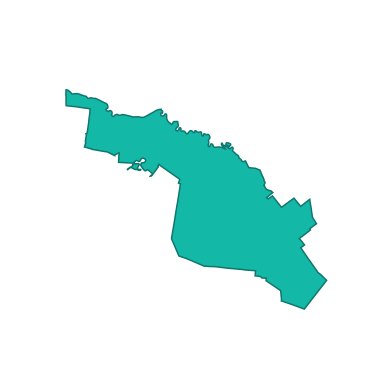 the district of Ghilad, Timis, Romania, rotated 32°
{"feature_id": "2599482B20646127738139", "entity_name": "Ghilad", "entity_type": "district", "adm_level": 2, "iso_a3": "ROU", "parent_name": "Romania", "parent_adm1": "Timis", "projection": "mercator", "projection_center": [21.055, 45.454], "detail": "fine", "context": "isolated", "style": "filled", "palette": "teal", "viewbox_px": 384, "rotation_deg": 32, "n_neighbors": 0, "source": "geoboundaries", "source_scale": "gbopen_adm2", "svg_char_len": 5968}
<svg xmlns="http://www.w3.org/2000/svg" viewBox="0 0 384 384"><g transform="rotate(32 192 192)"><path d="M349.3,231.8L350.7,217.6L351.1,213.7L353.0,195.6L345.0,193.8L344.9,193.7L343.2,193.7L342.1,193.5L341.7,193.6L341.3,193.5L339.7,192.7L336.3,191.3L333.3,190.0L324.6,186.4L313.8,181.6L315.5,177.3L310.8,175.5L307.6,174.6L310.6,166.8L312.5,161.5L311.3,161.0L312.8,156.8L314.4,152.9L308.7,150.2L308.4,150.0L307.7,149.7L304.2,145.7L302.1,143.1L297.6,138.1L295.7,135.8L292.4,144.9L292.1,145.5L291.8,146.6L281.7,143.2L276.1,157.4L275.9,157.5L262.3,152.7L260.2,157.5L258.2,157.3L260.8,149.6L260.3,149.6L258.9,149.2L258.5,149.2L255.7,150.0L254.5,150.2L253.5,150.2L251.5,149.3L249.8,148.3L249.8,148.2L249.4,148.2L249.2,145.8L248.8,145.1L247.0,144.1L246.6,143.5L246.1,143.0L243.8,141.4L243.0,141.0L238.1,137.4L233.3,138.3L227.1,141.3L227.0,141.1L220.9,137.3L220.5,137.6L220.5,138.0L220.2,138.4L218.9,139.2L218.6,139.4L218.1,139.4L216.1,138.4L214.1,138.2L213.6,137.9L212.6,137.0L212.1,136.7L209.2,136.5L207.3,136.1L205.0,135.7L204.4,135.4L204.2,134.9L203.8,133.3L203.5,133.0L203.0,132.7L202.4,132.6L202.1,132.9L201.8,133.7L201.5,134.6L201.2,135.2L200.5,135.5L199.8,135.5L199.7,135.3L199.5,134.8L199.5,133.6L199.9,132.2L199.9,131.6L199.6,131.2L199.2,130.8L198.6,130.8L196.5,131.2L195.4,131.8L195.1,132.4L195.6,133.8L196.0,133.9L198.4,133.9L198.6,133.9L198.7,134.1L198.8,134.3L198.6,134.5L197.3,135.3L196.4,135.5L196.1,135.5L195.4,135.1L194.0,135.7L193.3,135.6L193.0,135.5L192.0,134.7L191.7,134.7L191.2,135.0L191.7,136.1L192.3,136.5L193.5,136.9L195.4,137.1L197.4,137.8L197.0,138.0L194.1,138.2L192.0,139.1L191.3,139.3L187.8,141.9L186.8,142.3L186.2,142.2L185.5,141.7L185.1,141.2L184.5,140.9L183.8,140.7L183.2,140.7L183.0,140.8L182.5,141.7L182.5,141.9L182.9,143.5L182.9,143.9L182.6,144.3L182.1,144.6L181.4,144.3L180.9,143.9L180.8,143.6L180.6,143.1L180.4,141.8L180.1,141.2L178.8,139.8L178.5,139.1L178.4,138.5L178.6,137.6L178.6,137.0L178.3,136.4L178.2,136.1L177.2,135.2L176.0,134.7L175.5,134.6L174.7,134.9L173.7,135.7L173.3,135.9L173.0,136.0L171.9,136.0L171.4,136.2L171.3,136.7L171.7,137.8L171.8,138.3L171.6,138.7L171.2,138.9L170.7,138.8L170.0,138.3L168.9,137.0L168.4,136.5L167.7,136.3L167.4,136.4L166.3,137.6L165.3,138.1L164.2,138.4L162.9,138.0L162.4,138.1L162.2,138.5L162.4,139.8L162.4,140.2L162.4,140.4L162.1,140.7L161.7,140.7L159.6,140.3L158.7,140.5L158.1,140.9L157.8,141.5L157.4,144.4L157.1,145.2L156.7,145.4L156.1,145.4L154.0,144.6L153.1,144.6L152.6,144.7L152.2,144.9L151.2,145.9L151.0,146.0L150.5,146.0L150.0,145.7L149.1,144.2L148.8,143.9L148.5,143.8L147.8,143.8L147.5,144.0L147.3,144.5L147.4,145.3L147.7,145.9L147.8,146.4L147.6,147.2L147.1,147.8L146.8,148.1L146.3,148.3L146.0,148.3L145.5,148.0L144.8,146.8L144.8,146.5L144.9,145.8L145.3,144.5L145.4,143.9L145.3,143.5L145.1,142.6L144.8,142.2L143.7,141.3L143.0,140.2L142.8,140.1L142.2,140.0L141.7,140.2L140.9,140.9L139.9,141.4L139.4,141.8L139.1,142.5L139.0,142.9L139.0,143.3L139.2,144.6L139.2,145.0L138.9,145.6L138.6,145.6L137.2,145.2L135.5,145.2L134.1,144.8L133.1,144.3L131.8,143.3L131.3,142.7L130.9,142.2L130.4,141.2L129.2,139.7L128.6,139.6L127.9,140.0L127.8,140.4L127.7,141.9L127.4,142.5L126.9,143.1L126.4,143.4L125.7,143.6L124.7,143.1L124.0,141.9L123.8,141.8L124.7,141.0L125.1,140.8L124.8,139.8L124.4,139.2L124.1,139.0L123.2,138.8L122.8,139.0L122.1,138.5L122.0,138.2L120.3,139.5L119.7,140.1L119.1,140.8L118.1,142.4L116.5,145.6L115.2,147.7L114.3,149.5L112.3,153.0L111.4,154.2L110.5,155.0L106.2,156.9L102.4,159.5L96.5,161.4L93.4,162.5L92.7,162.8L91.3,163.8L90.9,164.5L90.3,165.1L89.6,165.5L87.6,165.8L87.2,166.0L86.0,167.3L85.6,169.1L85.4,169.5L85.2,169.7L84.2,169.8L83.1,169.5L82.9,169.2L82.7,167.9L82.4,167.3L81.5,166.4L80.4,166.1L79.7,166.3L79.3,166.6L78.1,167.9L76.3,168.3L75.9,168.2L75.6,167.9L75.2,167.2L75.3,166.8L76.0,165.7L76.0,165.3L75.6,164.4L74.7,163.4L74.0,162.9L72.9,162.5L72.0,162.4L70.7,162.7L65.6,163.1L62.5,163.5L60.9,163.6L60.4,163.8L59.6,164.4L59.2,164.6L57.3,165.3L56.6,165.6L55.7,166.3L55.0,167.2L54.3,167.6L53.5,167.6L51.9,167.0L51.4,167.0L49.0,167.8L45.9,168.4L43.1,169.1L41.1,170.3L40.2,171.0L39.0,172.1L38.2,172.4L35.6,171.7L33.4,171.4L31.5,171.7L31.0,172.0L32.8,175.2L34.8,178.1L39.5,185.5L49.0,180.9L56.2,177.8L61.5,175.4L63.8,179.8L65.5,183.7L67.8,188.4L71.9,197.7L71.1,198.8L71.7,199.2L72.5,200.3L73.7,203.2L74.8,205.7L75.6,206.2L77.0,210.8L83.4,208.9L84.1,209.0L95.3,204.5L98.9,202.9L107.3,202.1L106.9,201.3L109.5,197.4L111.6,201.5L114.0,205.8L126.4,198.9L127.8,200.8L127.8,201.0L126.2,204.5L125.3,206.5L125.2,207.0L125.3,207.2L125.6,207.2L125.9,206.4L126.4,204.5L126.6,204.2L127.0,203.9L128.1,203.4L131.6,203.1L133.9,202.0L135.1,201.8L135.9,201.5L136.7,200.8L136.8,200.1L136.5,200.0L136.3,200.1L135.4,200.8L134.5,201.3L133.9,201.2L133.3,200.8L133.0,200.5L132.9,200.1L132.8,196.7L132.7,196.4L131.6,196.3L130.9,196.7L129.6,197.6L129.0,198.3L128.8,198.4L127.8,198.5L127.4,198.0L127.4,197.2L127.7,195.5L127.8,195.2L128.0,194.9L128.5,194.5L130.5,194.3L130.9,194.1L131.3,193.7L131.5,193.1L131.6,192.7L131.5,192.1L131.2,191.4L131.2,191.1L131.5,190.5L132.0,189.6L132.4,189.2L134.3,188.9L135.0,189.1L135.9,189.6L136.2,190.3L136.3,191.2L136.1,191.8L135.4,192.7L134.2,193.6L133.8,194.1L133.8,195.0L134.3,196.2L134.6,196.7L135.0,196.9L136.9,197.7L138.2,198.3L140.4,199.0L141.1,198.8L141.6,198.4L141.8,198.0L141.9,197.3L142.2,196.9L142.6,196.7L143.8,196.6L148.2,197.3L148.7,197.9L148.9,198.6L148.7,199.3L148.2,200.2L148.2,200.7L149.1,199.9L149.3,198.5L150.1,188.5L149.3,188.1L149.3,187.8L149.5,187.4L149.4,185.9L151.0,186.4L174.9,187.7L175.9,191.7L177.8,191.2L179.5,195.0L185.8,209.8L186.2,211.0L193.5,228.3L199.3,242.4L214.8,253.2L223.0,251.3L241.8,248.4L245.2,246.4L245.5,246.4L251.1,243.1L262.6,237.7L275.9,231.0L278.5,229.9L287.6,225.1L290.0,229.7L292.8,228.2L292.9,228.3L295.2,227.3L296.9,227.9L300.6,225.7L301.8,228.0L311.1,228.3L319.5,228.7L322.6,232.8L324.2,234.8L325.2,236.3L325.6,237.1L326.2,236.7L329.0,236.2L337.0,234.3L349.3,231.8Z" fill="#14b8a6" stroke="#0f766e" stroke-width="1.5"/></g></svg>